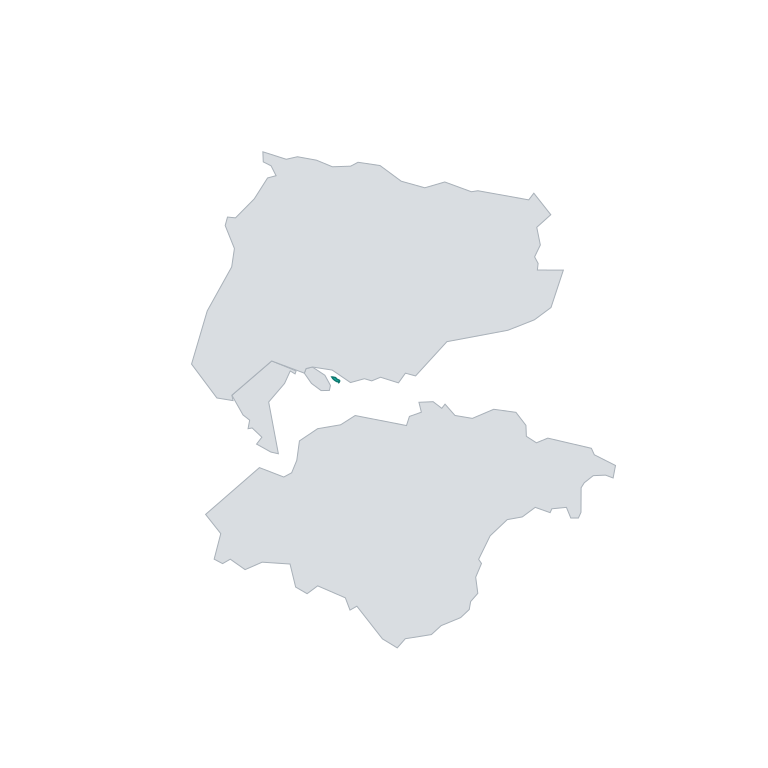 map of Bahrain with United Arab Emirates, Qatar, Iran and Saudi Arabia greyed out, rotated 128°
{"feature_id": "BHR", "entity_name": "Bahrain", "entity_type": "country or territory", "adm_level": 0, "iso_a3": "BHR", "parent_name": "Asia", "parent_adm1": "", "projection": "natural_earth1", "projection_center": [50.55, 26.027], "detail": "fine", "context": "with_neighbors", "style": "filled", "palette": "teal", "viewbox_px": 768, "rotation_deg": 128, "n_neighbors": 4, "source": "natural_earth", "source_scale": "50m", "svg_char_len": 2339}
<svg xmlns="http://www.w3.org/2000/svg" viewBox="0 0 768 768"><g transform="rotate(128 384 384)"><path d="M427.8,461.3L430.8,460.3L431.5,465.9L444.8,462.7L469.2,463.8L504.0,424.3L507.3,431.3L509.8,447.4L501.1,447.5L499.8,460.8L502.9,463.6L495.2,467.6L495.2,476.0L486.5,497.0L435.0,486.7L427.8,461.3Z" fill="#d9dde1" stroke="#a8b0b8" stroke-width="1"/><path d="M414.7,450.9L413.5,436.0L418.1,425.3L422.7,423.1L427.9,429.5L428.2,441.5L424.5,453.5L419.8,454.9L414.7,450.9Z" fill="#d9dde1" stroke="#a8b0b8" stroke-width="1"/><path d="M376.9,345.2L367.7,334.4L367.6,323.5L362.3,323.5L365.1,308.7L356.7,293.2L336.4,282.0L325.1,262.6L329.2,246.7L337.6,239.6L336.5,227.7L325.8,221.6L307.0,181.0L310.3,174.7L305.7,151.4L317.0,145.6L319.4,153.3L327.4,162.7L338.5,165.4L344.4,164.8L363.8,149.8L369.9,148.3L374.6,154.3L368.9,164.3L379.0,174.9L383.1,173.9L388.1,188.9L403.6,193.2L415.0,203.4L438.3,206.9L463.9,201.5L465.4,196.7L479.8,192.8L491.2,181.2L502.1,181.8L509.2,178.0L520.9,179.8L539.2,190.2L552.3,192.4L571.6,210.4L583.8,211.1L585.8,228.3L575.8,268.6L583.1,271.6L576.3,282.8L583.9,312.0L596.6,315.5L598.4,328.6L583.7,347.2L599.4,370.3L615.8,379.2L616.7,397.3L624.9,400.6L626.6,410.0L602.4,420.5L596.6,444.3L526.6,430.7L519.0,405.7L510.8,402.1L497.9,405.7L480.9,415.6L460.1,408.8L442.9,393.1L426.6,387.3L402.9,340.7L393.9,344.0L383.2,337.2L376.9,345.2Z" fill="#d9dde1" stroke="#a8b0b8" stroke-width="1"/><path d="M147.9,356.8L166.5,360.1L178.2,346.4L191.1,343.6L194.1,336.8L199.8,333.3L183.8,312.8L220.9,299.5L240.8,305.0L265.3,319.4L311.9,360.5L358.2,364.1L362.3,373.8L374.2,373.3L380.8,390.9L389.1,395.6L391.9,402.7L403.5,411.3L404.9,433.4L414.7,450.9L419.8,454.9L424.5,453.5L435.0,486.7L486.5,497.0L490.0,492.7L497.9,507.1L486.8,547.9L435.2,568.3L385.5,576.1L369.3,585.3L356.9,606.7L348.8,610.1L344.5,603.3L318.0,600.2L293.3,602.6L286.3,597.3L281.6,607.3L283.3,615.9L275.6,622.4L267.1,599.4L258.2,592.1L249.2,575.0L244.6,558.4L232.9,544.4L225.3,541.0L214.3,521.6L213.6,495.3L204.3,472.7L187.4,460.5L178.7,433.5L173.9,429.0L149.8,383.3L141.4,383.4L147.9,356.8Z" fill="#d9dde1" stroke="#a8b0b8" stroke-width="1"/><path d="M411.2,427.8L410.6,429.4L410.1,428.8L408.8,426.1L409.2,424.2L408.6,421.5L408.9,420.8L410.5,420.4L410.8,420.5L410.4,421.4L411.2,422.9L411.4,425.4L411.2,427.8Z" fill="#14b8a6" stroke="#0f766e" stroke-width="1.5"/></g></svg>